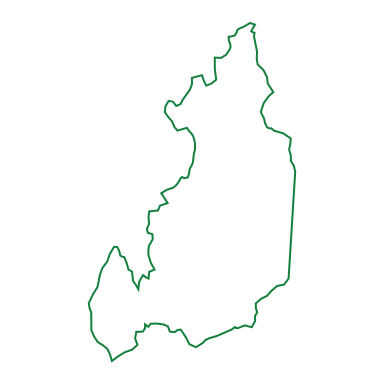 map outline of Mŏṇarāgala (Robinson projection)
{"feature_id": "LKA-2468", "entity_name": "Mŏṇarāgala", "entity_type": "District", "adm_level": 1, "iso_a3": "LKA", "parent_name": "Sri Lanka", "parent_adm1": "", "projection": "robinson", "projection_center": [81.231, 6.876], "detail": "fine", "context": "isolated", "style": "outline", "palette": "green", "viewbox_px": 384, "rotation_deg": 0, "n_neighbors": 0, "source": "natural_earth", "source_scale": "10m", "svg_char_len": 2276}
<svg xmlns="http://www.w3.org/2000/svg" viewBox="0 0 384 384"><path d="M111.9,361.0L109.9,354.2L107.4,348.9L102.8,345.2L97.9,342.2L94.2,336.7L91.4,330.5L91.2,312.5L89.5,307.9L88.8,303.1L92.7,294.8L97.5,287.0L100.0,274.4L102.5,267.9L107.2,261.6L109.8,254.1L114.0,246.9L117.1,247.0L119.1,250.5L120.3,255.6L122.3,256.7L124.3,257.2L126.7,263.2L128.5,269.6L130.3,270.6L132.0,271.7L133.1,281.0L136.1,285.2L138.3,289.2L139.3,281.5L143.0,275.1L145.7,277.1L148.5,278.6L149.3,271.7L154.6,269.6L150.8,262.8L148.4,254.7L148.4,250.3L148.9,246.0L152.7,239.3L152.4,234.2L147.9,232.8L146.9,229.0L149.1,223.7L148.5,217.5L149.2,211.4L157.9,210.5L160.1,205.6L167.6,203.1L161.3,193.2L166.8,189.8L173.3,187.7L176.6,184.8L179.2,181.1L180.3,178.8L181.9,177.0L184.4,178.2L187.8,177.4L189.1,173.2L189.8,168.7L191.5,165.7L192.9,162.5L193.8,154.4L195.0,149.2L195.0,143.8L194.3,139.7L193.0,135.8L191.1,133.2L189.7,131.8L186.9,127.8L177.5,130.6L174.5,127.1L171.9,121.1L168.0,116.7L164.8,112.1L165.5,106.2L168.6,101.0L172.8,101.6L176.3,106.0L180.6,104.0L182.9,99.5L190.0,89.5L192.0,84.0L191.9,77.9L201.9,75.2L203.9,80.9L206.2,85.6L211.4,83.6L216.2,79.6L214.8,68.8L214.8,57.6L221.1,57.9L226.3,54.7L227.5,52.6L229.3,50.2L230.5,47.3L230.2,43.9L228.8,40.5L228.7,36.7L231.4,36.4L234.9,35.4L236.7,32.3L237.6,29.6L240.4,28.1L243.5,26.9L250.0,23.0L255.0,24.6L251.2,31.2L252.8,32.3L254.5,32.7L254.0,36.6L257.1,51.9L256.7,58.9L257.7,64.5L263.4,70.0L267.0,77.1L267.7,83.4L273.3,92.1L269.1,95.8L263.8,102.9L260.8,112.0L264.1,118.8L265.1,123.3L267.1,127.3L269.2,128.3L271.1,128.3L272.7,129.4L274.0,130.7L283.2,133.3L290.8,138.5L290.3,144.0L289.1,149.7L290.8,155.3L290.9,160.9L293.9,165.9L295.2,171.7L288.6,278.5L284.0,284.6L277.1,286.0L271.6,290.7L267.0,295.8L260.9,298.9L255.8,303.4L255.9,308.3L257.2,312.3L256.1,314.3L255.0,316.1L255.1,318.5L255.1,321.0L251.8,327.2L244.6,325.4L237.8,328.2L235.5,327.8L234.9,327.0L232.1,329.3L216.8,336.0L209.3,338.2L205.4,340.0L202.9,342.9L195.9,347.2L189.4,344.2L185.5,336.7L180.7,329.6L177.5,330.0L175.1,331.9L172.4,332.0L169.8,331.6L167.9,326.3L163.5,324.5L157.1,323.6L150.7,323.7L148.2,326.8L145.1,324.3L145.1,328.1L143.0,331.5L139.5,331.8L136.3,331.8L135.1,338.4L137.5,344.9L132.0,349.7L124.7,352.3L118.2,356.3L111.9,361.0Z" fill="none" stroke="#15803d" stroke-width="2"/></svg>